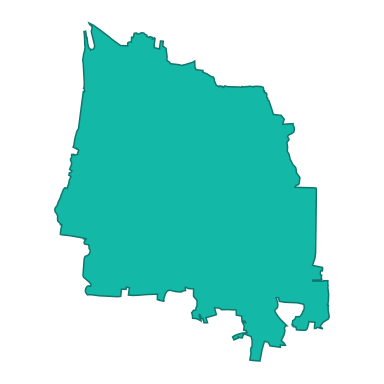 outline of Kota Yogyakarta, Yogyakarta, Indonesia
{"feature_id": "22746128B9761158776103", "entity_name": "Kota Yogyakarta", "entity_type": "district", "adm_level": 2, "iso_a3": "IDN", "parent_name": "Indonesia", "parent_adm1": "Yogyakarta", "projection": "mercator", "projection_center": [110.376, -7.803], "detail": "fine", "context": "isolated", "style": "filled", "palette": "teal", "viewbox_px": 384, "rotation_deg": 0, "n_neighbors": 0, "source": "geoboundaries", "source_scale": "gbopen_adm2", "svg_char_len": 5850}
<svg xmlns="http://www.w3.org/2000/svg" viewBox="0 0 384 384"><path d="M293.1,123.6L282.7,124.3L284.2,119.2L281.2,115.4L273.3,114.4L272.2,110.4L268.8,100.4L267.7,99.7L267.6,98.0L267.3,98.0L266.9,97.4L266.7,96.2L266.8,94.0L266.4,93.7L266.5,93.2L264.9,92.8L264.9,92.3L264.3,92.2L264.4,90.7L263.7,90.6L263.5,89.7L263.6,88.7L263.2,87.3L260.4,86.4L259.0,86.5L257.0,86.2L256.4,86.4L254.8,86.3L254.0,86.5L253.9,86.9L249.6,86.2L247.9,86.6L245.6,86.6L244.0,87.0L242.0,86.5L241.6,87.4L239.2,87.0L227.6,86.7L224.9,85.9L224.3,86.3L223.8,87.6L222.7,87.2L222.7,86.6L222.5,86.4L221.9,86.2L221.6,86.4L220.6,86.0L219.5,86.0L219.5,86.6L218.8,86.7L216.2,85.2L214.2,80.1L214.2,78.8L213.4,77.1L211.4,76.7L206.8,73.7L204.1,72.8L203.0,72.1L202.9,70.5L196.1,69.7L195.4,68.3L194.9,66.4L194.7,61.0L192.6,62.3L184.2,64.9L183.4,64.9L182.1,65.5L178.5,64.6L170.4,63.7L169.5,62.1L167.8,61.1L166.8,60.1L167.1,56.7L166.0,48.4L164.2,47.2L164.0,46.7L162.7,46.2L163.3,41.2L160.5,41.0L159.5,48.1L159.6,49.0L154.3,47.6L154.4,45.8L154.0,45.5L155.1,38.5L154.5,37.9L154.1,38.4L154.0,39.1L152.2,39.0L152.6,37.5L150.1,36.7L149.7,36.8L149.8,37.4L149.2,37.5L146.8,36.5L147.0,35.3L144.6,34.1L144.3,33.4L143.5,33.0L141.5,32.7L139.2,33.8L138.0,34.0L137.0,33.7L136.7,33.0L134.3,33.2L133.2,37.6L131.6,37.2L131.3,42.0L129.2,42.0L127.8,42.8L127.7,43.1L127.6,45.9L120.4,45.5L111.3,38.8L108.7,36.5L101.4,31.0L93.5,25.3L89.0,23.0L89.5,24.2L92.0,26.6L92.0,28.6L91.3,31.2L91.5,32.5L94.5,44.8L94.5,46.7L94.3,47.5L93.8,48.6L92.9,49.4L91.6,49.4L90.6,50.1L90.5,49.4L88.6,47.4L87.7,43.4L87.0,37.2L86.4,37.0L85.7,31.2L84.0,31.6L84.6,37.9L84.7,44.2L85.1,47.4L84.6,50.6L83.6,54.3L82.7,60.6L83.1,62.0L83.3,64.8L84.3,82.8L84.2,86.1L83.6,88.3L84.1,88.4L84.7,91.4L84.6,91.8L83.3,91.6L78.5,128.4L78.2,129.4L77.5,130.0L76.8,131.5L74.7,139.3L74.0,144.7L73.1,147.2L77.0,148.8L76.8,149.1L78.3,149.7L78.7,150.2L77.0,154.8L73.8,155.0L73.7,154.3L71.6,154.5L71.7,157.1L71.2,158.3L70.5,159.0L70.5,160.1L71.6,162.6L71.5,164.4L69.6,169.5L72.0,170.8L70.5,173.0L69.5,172.8L68.8,175.2L71.0,176.4L69.3,180.4L68.7,183.7L67.5,186.9L67.3,188.4L65.0,187.7L63.6,189.2L62.7,191.0L62.2,192.7L61.1,195.0L60.5,197.3L58.5,201.5L57.0,205.6L56.5,206.6L55.8,207.0L54.9,208.6L54.8,210.5L55.4,212.1L56.9,214.2L57.7,216.0L57.5,218.4L57.7,221.0L60.2,223.5L60.4,224.7L61.0,224.8L61.3,224.6L61.3,224.8L61.9,224.9L60.9,229.3L60.3,234.1L61.0,234.7L70.1,235.7L81.5,237.7L84.0,238.3L83.7,238.9L84.2,239.1L85.0,238.5L86.2,238.9L85.8,239.4L85.4,240.4L84.7,240.9L84.1,242.0L84.1,242.9L84.4,243.7L85.0,244.2L88.1,244.6L88.6,244.9L89.0,246.4L89.1,248.6L90.2,250.2L90.3,251.2L89.3,253.8L87.4,255.7L85.6,256.1L85.0,256.6L84.2,258.6L83.0,275.0L83.2,276.3L83.6,277.2L89.2,282.1L90.6,283.8L91.0,284.8L90.7,286.1L90.2,286.4L89.0,285.8L87.4,286.2L86.4,287.4L85.7,288.8L85.4,290.6L85.6,292.2L86.5,293.8L87.6,294.9L88.8,294.7L91.7,294.8L99.6,295.8L117.2,296.7L120.7,296.4L121.5,289.1L126.0,289.4L126.4,287.2L129.4,287.7L128.4,295.1L133.5,295.5L133.7,295.3L135.9,295.4L147.5,294.5L157.5,294.2L157.3,299.6L159.1,299.8L159.1,300.3L163.8,301.2L164.0,300.8L163.7,299.1L165.5,293.6L167.0,291.3L167.7,290.8L169.0,290.5L169.3,290.1L175.9,291.6L180.1,292.0L181.2,291.9L181.2,291.6L181.8,291.6L182.5,291.3L182.6,290.9L185.5,290.6L185.3,287.4L186.3,287.5L188.2,288.5L193.6,289.0L193.5,296.1L193.9,296.9L196.7,300.0L197.0,300.8L197.1,302.2L196.9,306.1L196.1,307.6L195.7,310.0L195.2,310.3L193.5,310.3L191.6,312.9L192.3,314.6L192.6,318.3L196.3,318.6L198.4,319.5L201.0,320.9L200.7,319.3L199.6,317.3L199.3,316.1L199.4,314.6L199.9,314.7L200.5,315.6L201.6,318.7L202.7,318.5L204.0,322.8L207.5,322.8L206.0,317.7L216.4,314.7L214.5,307.7L219.5,308.1L220.0,308.3L221.3,309.7L228.6,309.6L233.0,309.9L235.7,309.7L236.2,310.5L236.3,315.1L241.6,316.1L242.0,321.2L244.6,320.9L245.7,322.6L242.5,322.5L244.2,325.9L243.7,330.2L246.3,330.6L246.2,332.0L246.7,332.0L247.2,332.8L242.8,333.0L238.3,334.1L234.8,335.5L232.6,336.9L233.9,339.9L238.2,338.1L238.1,337.0L238.5,336.9L239.3,337.6L242.4,337.9L242.7,335.6L243.2,335.6L243.7,333.8L250.2,336.1L251.4,337.2L252.1,340.8L252.1,345.2L251.9,347.2L251.0,347.7L250.7,350.7L251.0,353.7L249.8,360.0L251.7,360.4L260.0,361.0L262.0,350.0L264.4,341.4L268.1,342.2L270.1,345.9L280.4,347.3L280.3,345.1L285.4,345.3L284.4,343.4L281.3,340.5L284.3,334.2L284.9,330.5L284.5,328.7L284.7,327.3L285.6,325.8L286.9,325.8L280.5,319.4L277.8,316.1L274.7,311.1L274.9,310.2L277.4,307.6L277.8,305.9L277.8,304.2L277.3,301.1L276.0,297.8L277.7,297.6L278.8,297.9L278.8,299.4L279.5,301.4L284.9,302.3L297.4,302.8L303.8,304.3L304.2,306.6L304.1,309.3L303.4,310.3L301.7,314.3L299.9,316.6L295.8,316.7L295.1,318.8L294.4,319.6L292.7,320.7L292.6,322.1L292.0,324.7L292.8,325.0L292.6,325.7L293.5,325.9L293.3,326.6L296.1,327.2L296.5,329.9L302.6,330.3L305.7,330.2L306.7,329.3L307.4,328.0L308.7,323.3L308.8,321.5L311.6,322.1L313.2,322.1L315.2,322.5L314.5,325.2L314.5,328.5L316.0,328.3L316.6,327.8L317.7,327.4L322.2,328.8L322.4,328.6L321.9,327.8L320.2,326.8L321.0,324.9L323.1,322.3L328.4,318.9L329.2,316.9L328.2,310.3L328.1,306.9L328.5,305.3L327.4,305.1L327.6,304.0L327.9,303.9L328.4,300.8L328.6,294.0L327.8,287.5L328.1,285.6L327.8,284.1L327.9,280.7L323.5,280.7L323.3,281.2L312.7,281.1L312.8,280.1L320.0,280.0L321.7,279.6L321.7,278.8L321.2,278.4L321.1,277.7L321.6,276.4L321.6,275.1L320.7,274.9L320.2,274.0L320.3,272.8L320.7,270.9L322.3,270.9L322.7,268.9L322.6,268.3L322.3,268.3L322.4,267.4L312.5,265.4L314.9,258.3L315.6,253.0L316.4,189.2L316.2,188.2L315.3,187.9L295.1,187.3L295.2,186.8L296.1,185.3L298.2,184.8L298.8,184.2L299.2,183.4L299.9,177.6L296.4,172.6L296.3,170.4L295.7,167.6L294.5,166.2L293.0,164.8L290.1,159.1L289.1,154.4L287.3,151.3L287.6,146.9L286.9,142.8L287.5,141.3L288.3,140.8L289.0,139.7L288.7,138.7L287.5,136.7L287.5,136.3L288.9,134.9L291.3,133.8L293.2,132.5L293.8,131.8L294.2,130.6L294.4,129.0L294.2,127.2L293.0,125.1L293.1,123.6Z" fill="#14b8a6" stroke="#0f766e" stroke-width="1.5"/></svg>